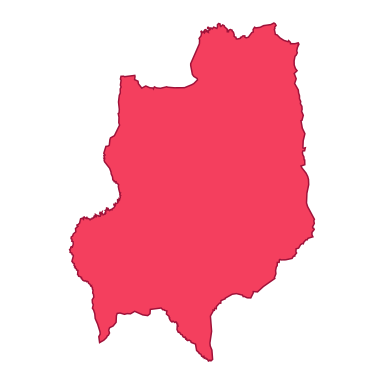 the district of Mueang Nakhon Ratchasima, Nakhon Ratchasima, Thailand
{"feature_id": "78962969B83988834469907", "entity_name": "Mueang Nakhon Ratchasima", "entity_type": "district", "adm_level": 2, "iso_a3": "THA", "parent_name": "Thailand", "parent_adm1": "Nakhon Ratchasima", "projection": "natural_earth1", "projection_center": [102.052, 14.965], "detail": "fine", "context": "isolated", "style": "filled", "palette": "rose", "viewbox_px": 384, "rotation_deg": 0, "n_neighbors": 0, "source": "geoboundaries", "source_scale": "gbopen_adm2", "svg_char_len": 5895}
<svg xmlns="http://www.w3.org/2000/svg" viewBox="0 0 384 384"><path d="M298.2,42.8L295.0,43.7L290.5,43.7L290.4,42.4L288.6,40.6L288.1,41.7L283.9,40.4L280.0,37.9L277.1,34.9L275.4,34.4L274.3,29.3L274.9,28.6L274.7,27.1L276.1,25.5L275.2,23.8L273.9,23.0L270.8,24.6L263.6,25.6L260.2,27.3L255.8,27.9L254.6,27.2L253.1,29.5L253.3,31.9L251.8,32.6L248.4,37.2L246.2,37.8L244.9,37.2L244.8,35.9L242.9,35.9L241.4,37.2L240.6,37.3L240.4,38.3L237.4,39.0L236.3,38.9L235.9,37.2L234.6,36.8L234.0,36.1L234.2,35.0L233.4,32.2L232.2,31.1L232.1,30.2L230.3,29.5L228.6,30.3L228.5,31.8L227.3,31.8L227.2,29.2L224.4,26.6L224.2,25.7L222.6,24.9L220.9,26.5L220.3,25.9L220.0,23.9L218.6,23.5L217.4,24.8L217.5,26.9L216.8,28.4L213.7,27.1L212.3,28.8L210.9,27.9L209.9,28.6L208.5,27.3L207.7,27.4L207.6,28.3L210.0,29.7L208.2,31.0L208.4,32.4L206.6,31.5L206.9,30.5L205.5,29.6L204.8,29.9L204.1,31.0L205.1,31.8L204.4,33.0L203.3,31.9L202.4,32.5L201.5,31.2L201.0,31.5L201.5,33.5L201.1,35.8L199.1,38.5L199.6,40.0L199.4,43.8L190.7,63.7L190.7,65.5L192.4,74.4L193.8,76.4L197.2,78.5L197.5,79.9L193.9,83.5L191.8,84.7L184.5,87.7L174.4,87.8L167.5,87.2L166.8,86.8L160.4,88.3L156.5,87.9L154.4,86.9L153.4,88.8L153.1,88.0L149.9,87.8L145.8,86.0L141.8,88.1L138.4,83.8L138.0,81.2L134.6,79.6L135.0,76.4L134.8,75.4L124.5,76.7L123.6,76.2L121.0,76.3L120.4,79.1L121.1,80.3L120.4,85.1L121.1,87.0L120.2,88.9L120.3,93.1L119.3,95.2L118.5,102.0L119.3,109.2L119.1,112.9L118.2,113.5L119.0,117.2L118.8,122.7L119.6,125.1L114.4,135.7L110.5,137.9L109.9,139.7L109.3,145.2L108.1,146.1L105.9,146.4L103.8,153.3L105.0,155.0L103.9,155.5L104.6,158.2L103.9,158.3L104.5,159.4L104.1,160.1L104.6,161.8L109.6,168.2L111.0,171.9L111.2,173.9L112.5,176.8L112.8,179.6L113.5,180.7L114.1,180.7L114.4,181.8L116.0,181.7L115.9,183.0L116.8,183.1L118.6,184.6L118.3,186.4L118.9,189.6L119.8,192.9L120.4,193.0L119.8,194.2L120.6,195.6L120.0,195.9L120.3,197.7L119.4,198.9L119.0,198.6L118.9,199.3L119.6,199.8L119.2,200.5L118.5,200.7L118.3,199.9L117.6,199.7L117.6,200.7L118.4,201.1L117.7,201.7L118.0,202.2L117.7,202.8L115.9,203.8L115.4,203.3L114.9,204.7L113.9,204.4L113.9,205.0L115.2,205.7L113.7,208.0L112.2,208.7L112.0,209.8L110.7,209.6L109.7,210.6L108.3,209.2L108.4,210.0L108.0,210.2L107.1,209.4L107.9,208.4L106.6,208.0L106.4,209.7L105.2,210.5L105.9,211.2L105.0,212.9L105.7,213.2L105.2,214.0L103.1,214.8L102.7,213.8L101.7,213.4L102.0,212.1L101.4,212.7L100.1,212.3L99.8,213.2L100.5,213.3L100.3,214.1L100.9,214.8L100.1,215.1L100.2,216.2L98.9,216.4L98.2,215.5L97.0,215.5L95.4,214.4L95.4,215.2L96.4,215.8L96.3,216.6L95.3,216.1L94.8,217.0L94.2,216.2L93.4,218.0L92.1,218.1L91.9,218.9L90.4,219.1L90.0,219.8L88.9,218.7L87.3,218.3L86.7,216.8L86.6,218.5L84.6,217.6L84.3,217.0L83.5,217.3L83.4,219.2L82.3,218.2L80.6,218.8L79.6,223.1L77.9,224.8L77.1,224.8L77.0,225.7L77.9,226.4L75.5,228.5L75.8,231.8L73.3,234.0L72.6,236.1L71.2,237.0L71.1,238.7L71.7,238.9L72.0,240.0L71.8,241.2L73.0,241.6L73.3,244.1L72.3,247.1L71.4,246.7L70.8,247.2L70.6,248.7L69.6,249.6L70.3,251.1L70.1,252.4L71.8,253.1L72.1,254.6L72.8,254.8L73.4,255.8L71.9,261.3L72.6,261.8L72.6,262.6L74.3,263.6L74.0,265.4L75.0,266.4L74.7,266.9L75.3,267.1L75.1,267.9L76.3,268.7L76.6,270.0L77.9,270.4L77.6,274.6L78.4,275.2L78.6,276.2L80.7,276.8L81.1,277.8L81.5,277.7L81.5,278.7L82.1,279.0L82.7,280.1L84.3,281.0L85.2,280.7L86.7,281.7L87.0,281.3L88.0,281.7L88.6,283.3L89.9,284.2L90.8,286.0L91.4,285.7L91.3,286.4L92.4,287.4L92.4,289.0L93.0,290.1L92.7,293.0L93.5,294.4L93.8,297.2L92.2,299.8L92.4,302.9L93.3,304.8L92.4,308.2L93.6,310.0L94.8,313.8L95.2,318.5L97.6,324.0L100.0,331.7L100.2,334.1L98.8,336.6L99.6,342.6L103.8,340.2L106.5,337.6L107.3,335.9L108.4,335.2L109.5,333.0L108.7,330.1L109.6,327.7L113.1,326.0L116.1,322.3L116.4,315.7L117.2,313.4L120.0,313.0L124.5,314.3L127.1,313.6L130.5,313.8L134.7,311.3L142.8,314.9L147.7,315.6L150.0,313.7L150.3,309.4L161.1,308.0L162.9,309.8L163.9,309.6L164.5,310.3L166.9,311.0L166.4,314.0L169.1,316.4L169.2,317.7L169.7,318.0L169.4,318.6L170.6,320.8L172.0,322.0L173.0,321.2L174.9,322.5L175.8,321.8L176.7,322.5L176.9,323.9L177.6,324.1L177.3,325.5L177.9,325.5L178.1,326.2L177.2,326.8L177.0,329.5L178.3,332.3L179.6,332.4L180.8,334.3L182.2,334.8L183.0,336.7L184.2,337.4L185.0,337.1L185.1,337.8L185.9,338.2L185.8,339.1L186.6,339.0L186.9,340.2L187.8,340.6L189.1,340.1L190.7,341.0L191.2,342.4L195.5,344.1L196.6,350.5L199.1,352.8L199.1,353.4L201.0,354.3L201.6,356.2L202.7,356.5L203.0,357.1L203.8,356.4L204.3,358.3L205.0,358.0L206.0,358.3L206.2,359.1L207.4,359.2L208.4,361.0L209.8,360.2L209.9,360.7L211.1,360.8L212.6,359.4L211.9,350.1L210.2,345.9L209.9,343.0L211.6,331.3L210.4,316.1L213.1,311.2L213.1,310.0L214.4,310.3L214.7,308.4L216.3,308.7L216.4,306.5L219.5,303.1L220.7,303.2L221.0,300.6L225.2,298.8L225.3,298.1L232.3,294.2L236.5,293.6L242.5,295.1L243.2,296.6L244.2,296.4L247.2,297.8L250.8,297.9L253.2,293.0L253.3,291.6L257.5,291.9L263.4,286.5L274.8,278.5L274.4,277.7L275.9,273.8L275.6,270.6L276.3,267.0L277.2,265.7L277.3,262.4L279.1,262.4L279.4,259.8L280.0,259.4L281.0,259.9L285.7,259.8L292.1,258.4L293.4,256.2L294.8,256.1L294.9,255.0L296.6,253.0L295.9,251.9L296.1,248.8L298.6,248.1L300.6,244.6L302.5,243.5L303.3,243.8L303.8,242.2L306.0,239.7L307.1,239.9L308.0,238.3L312.9,236.8L312.0,234.9L311.9,232.5L314.2,229.5L313.7,228.3L312.9,228.1L312.5,227.0L314.3,223.5L313.8,220.7L314.4,219.3L307.6,206.6L306.5,203.0L306.9,193.2L308.7,184.7L308.5,179.5L307.7,176.5L306.0,173.1L301.9,167.9L301.0,166.0L304.8,164.7L304.7,160.0L304.1,159.8L303.9,156.9L302.7,154.5L302.4,152.3L303.0,150.8L304.6,150.8L305.3,147.8L303.8,148.2L302.9,147.9L303.2,140.8L304.9,133.7L302.3,128.2L301.0,120.7L302.0,120.3L303.3,115.3L301.6,111.3L302.1,109.4L301.9,106.3L300.4,103.8L300.7,101.5L299.5,98.8L299.5,95.8L298.6,93.0L298.3,90.0L294.6,83.5L296.2,78.8L294.2,73.5L297.1,70.7L295.4,68.5L294.2,65.0L294.1,60.9L295.0,56.3L296.2,55.1L297.3,52.8L296.7,50.9L297.4,47.5L298.7,44.7L298.2,44.8L298.5,43.4L298.2,42.8Z" fill="#f43f5e" stroke="#9f1239" stroke-width="1.5"/></svg>